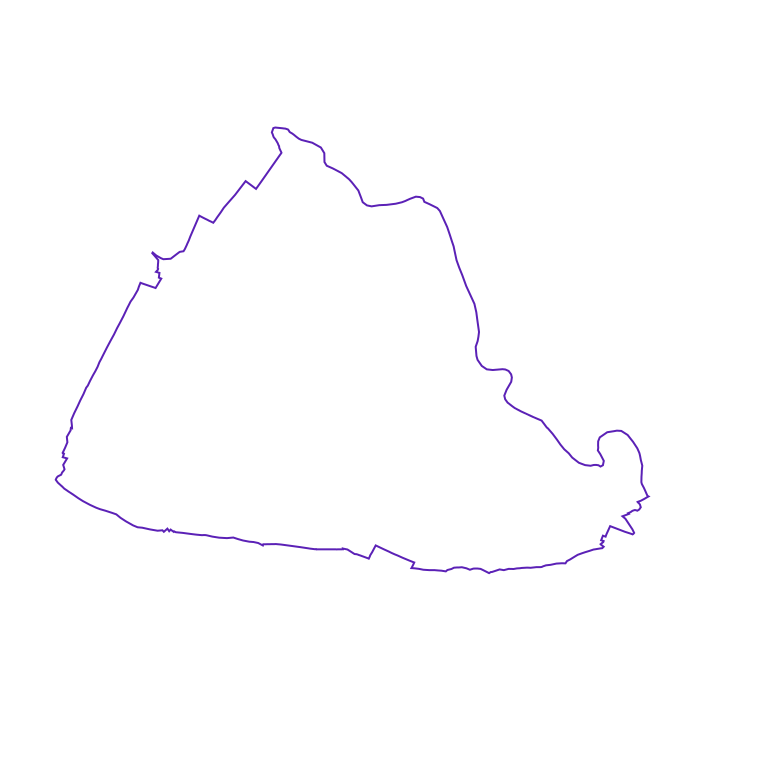 the district of Poza Rica de Hidalgo, Veracruz, Mexico, rotated 108°
{"feature_id": "50627088B10700770102469", "entity_name": "Poza Rica de Hidalgo", "entity_type": "district", "adm_level": 2, "iso_a3": "MEX", "parent_name": "Mexico", "parent_adm1": "Veracruz", "projection": "robinson", "projection_center": [-97.436, 20.539], "detail": "fine", "context": "isolated", "style": "outline", "palette": "violet", "viewbox_px": 768, "rotation_deg": 108, "n_neighbors": 0, "source": "geoboundaries", "source_scale": "gbopen_adm2", "svg_char_len": 5706}
<svg xmlns="http://www.w3.org/2000/svg" viewBox="0 0 768 768"><g transform="rotate(108 384 384)"><path d="M576.5,666.6L578.6,663.7L581.4,657.5L582.3,655.8L583.4,652.0L583.6,651.5L585.4,644.9L586.8,640.3L587.0,639.7L588.4,634.2L589.8,626.3L590.5,620.4L590.6,619.6L590.8,615.4L590.6,609.7L590.6,607.8L590.6,602.9L590.7,598.3L592.7,593.2L594.4,586.9L596.0,579.0L596.4,574.1L595.4,569.6L594.6,561.6L593.5,554.0L591.6,549.5L592.6,547.7L588.5,545.3L590.4,542.8L588.4,541.9L588.6,541.4L589.6,538.3L589.0,538.1L589.3,536.2L587.8,529.4L586.5,522.3L585.3,516.1L584.1,510.7L583.0,507.7L582.7,506.1L582.2,500.2L581.1,493.3L579.1,485.7L576.6,479.9L576.6,475.3L576.6,474.9L576.4,469.7L575.6,463.4L574.6,459.2L574.1,454.5L575.0,449.3L573.7,449.3L573.0,447.1L572.0,444.2L569.6,437.2L568.5,432.4L566.6,422.0L565.0,413.1L563.6,404.7L563.4,403.3L563.3,402.9L562.5,398.8L562.3,398.3L562.0,397.4L562.2,397.2L561.9,396.4L558.3,385.4L555.8,377.6L553.9,372.0L553.2,372.3L553.2,372.2L553.1,371.4L552.7,367.6L553.3,365.2L554.8,359.5L554.6,358.4L554.4,357.9L554.3,356.2L554.4,355.6L554.4,353.5L554.4,353.3L554.5,351.5L554.5,351.3L554.5,350.8L554.7,345.8L554.7,345.7L554.7,345.4L554.8,344.5L552.4,344.2L551.7,344.2L550.7,344.1L550.4,344.0L547.6,343.3L544.1,342.7L540.1,342.0L541.3,332.7L541.9,327.4L542.3,324.8L542.7,321.1L542.9,318.1L543.5,312.7L544.1,305.3L544.4,300.7L544.4,300.1L545.3,300.2L546.3,300.3L547.6,300.5L549.0,300.7L550.1,300.9L550.6,301.0L550.2,299.5L549.8,297.7L549.0,293.6L548.5,289.2L547.1,283.7L545.4,278.4L544.6,274.9L543.8,271.7L543.6,270.4L543.1,267.3L541.3,266.2L539.1,262.7L537.1,260.7L536.1,258.3L535.3,256.0L534.2,253.3L533.8,248.6L534.1,244.9L531.9,241.9L530.9,238.9L530.6,238.0L530.0,235.0L530.4,232.0L531.1,227.5L531.4,225.6L529.9,224.4L529.4,223.2L527.5,220.6L524.6,216.7L524.0,212.5L521.3,208.3L519.9,203.6L518.3,200.6L517.2,197.8L516.4,196.2L514.4,191.1L513.5,187.8L511.1,182.5L509.9,178.8L509.3,177.5L508.1,176.2L507.6,175.5L506.4,173.9L504.5,169.7L501.5,164.5L499.5,159.4L498.5,156.0L495.9,155.3L493.5,152.9L488.8,148.9L486.6,147.0L483.8,143.4L481.8,140.7L479.0,136.7L476.7,133.6L475.6,131.4L475.2,130.7L474.6,129.5L473.4,127.2L472.7,125.7L470.9,124.8L469.9,127.6L469.4,128.5L466.5,126.6L465.5,126.6L465.5,129.2L460.6,128.9L460.7,126.1L458.1,126.0L449.3,125.0L450.1,109.3L450.1,102.6L450.2,101.1L449.6,100.6L448.3,100.1L445.5,102.8L437.6,112.7L436.1,116.3L431.9,111.0L431.4,111.9L429.7,109.9L428.4,109.0L427.3,107.9L427.0,107.4L426.4,106.6L426.2,105.6L426.2,104.4L426.2,103.9L425.5,103.3L424.5,102.5L421.9,101.7L419.6,103.3L418.8,104.4L418.0,106.2L417.8,106.4L415.7,103.7L412.7,100.8L410.4,98.8L409.2,97.7L409.0,98.7L408.5,99.3L404.8,102.6L402.5,104.7L399.7,107.6L399.4,107.9L397.8,108.9L392.5,110.5L389.3,111.3L386.9,112.0L384.2,112.6L381.9,113.1L378.4,115.3L377.5,115.9L377.0,116.2L373.5,118.1L371.8,119.1L370.6,119.9L366.9,123.2L362.0,129.3L360.1,132.2L357.2,136.5L355.3,143.8L356.4,148.1L357.8,150.7L360.9,156.8L368.1,162.3L372.3,162.6L376.0,161.5L378.6,160.5L381.1,160.1L383.9,156.6L389.2,151.2L393.6,150.7L395.6,152.6L395.0,154.9L395.4,157.2L396.2,159.5L397.9,162.2L399.0,167.7L398.7,174.3L395.8,182.3L392.8,186.9L390.4,192.4L387.1,197.5L383.4,202.4L379.3,208.2L375.5,214.5L375.1,215.7L370.1,222.8L369.3,232.0L367.7,245.2L366.5,252.1L365.5,255.2L363.5,260.7L361.1,264.0L357.9,266.0L351.6,265.6L342.6,263.7L338.3,264.4L335.5,266.1L333.1,269.5L332.7,273.1L333.3,275.9L337.1,284.9L338.0,289.3L338.3,290.8L336.6,296.6L332.1,302.5L328.8,304.7L320.3,308.3L314.3,308.2L309.9,308.8L305.2,309.7L293.9,315.2L287.2,318.4L279.8,322.8L265.4,336.1L256.3,343.2L250.0,348.5L243.8,353.3L235.3,358.2L231.6,360.3L227.3,363.5L221.9,367.4L215.2,372.4L211.5,375.8L202.2,384.3L200.2,387.7L199.7,390.9L198.9,396.4L198.3,401.9L195.6,404.1L195.1,407.5L196.0,411.6L199.7,416.3L202.4,419.3L203.2,420.1L205.6,423.1L208.9,428.5L212.8,436.8L215.4,443.8L218.9,450.7L219.4,455.4L217.7,460.4L213.7,463.5L207.9,468.2L202.0,477.1L200.1,480.4L196.5,489.4L194.8,499.3L194.1,505.9L191.3,509.2L182.9,512.1L178.6,517.1L176.7,526.8L177.4,538.0L177.0,540.8L176.0,543.7L174.7,547.0L174.0,549.2L173.8,550.4L173.5,551.5L173.0,552.2L172.4,552.8L171.6,554.0L171.6,556.3L171.6,556.9L171.9,558.1L172.2,559.8L173.7,566.7L174.8,568.3L179.4,568.4L180.8,567.1L183.0,565.5L183.7,564.7L184.1,564.0L184.8,562.9L187.0,560.4L187.8,559.5L189.5,558.1L190.2,557.3L191.3,556.8L191.9,556.5L192.7,555.8L195.7,553.0L196.1,553.0L198.2,553.7L228.8,563.1L238.0,566.0L233.8,578.3L250.2,584.1L258.3,587.6L265.8,590.8L270.8,592.2L274.0,593.2L277.1,594.2L280.3,595.1L283.4,596.2L283.0,598.8L282.8,600.7L282.4,602.9L282.1,605.1L281.7,607.7L281.2,610.6L281.0,611.7L303.7,613.8L307.8,614.0L312.1,614.5L312.6,614.5L317.3,615.1L319.7,615.7L321.4,619.0L321.7,619.3L325.0,621.6L330.7,625.5L330.8,625.6L333.5,632.4L333.3,634.8L332.2,640.2L330.4,644.6L331.2,644.8L332.9,641.9L335.9,637.0L337.3,636.6L338.4,636.3L340.3,635.9L341.6,635.5L343.6,635.1L344.3,634.4L345.3,634.4L347.8,635.5L347.7,631.9L352.4,631.0L352.6,628.4L363.3,630.9L363.1,644.6L363.0,646.9L367.2,647.2L370.5,647.2L379.2,649.0L383.9,650.5L388.4,651.2L390.7,651.6L400.1,652.8L408.4,654.2L413.2,655.1L420.4,656.1L427.7,657.5L435.1,658.8L445.4,660.4L446.9,660.6L449.1,661.0L451.3,661.4L456.1,661.7L461.0,662.5L465.8,663.5L471.7,664.5L477.1,665.2L479.6,666.1L479.9,666.1L486.5,666.7L493.5,667.8L499.7,668.5L507.3,669.6L514.8,670.3L519.9,668.0L522.5,667.0L522.5,668.2L523.8,668.0L524.6,667.8L525.1,667.7L525.7,667.9L532.3,669.3L537.3,667.1L543.3,667.6L548.6,668.3L548.7,667.8L549.2,667.8L549.3,666.8L552.9,666.9L552.7,662.4L560.1,664.1L560.5,663.8L563.8,661.5L564.9,661.7L566.5,662.3L567.6,662.8L570.0,663.0L572.6,665.6L573.8,666.2L575.1,666.5L576.5,666.6Z" fill="none" stroke="#5b21b6" stroke-width="2"/></g></svg>